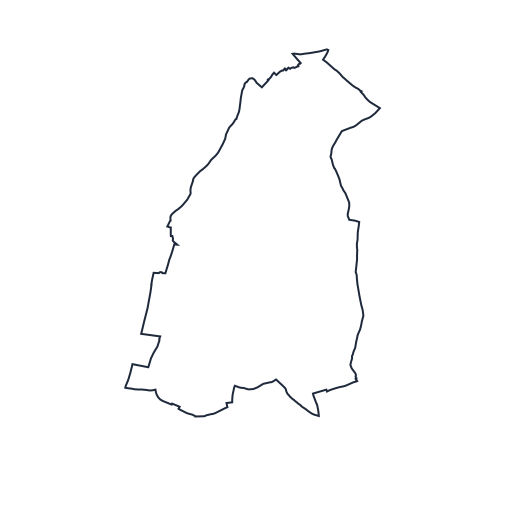 outline of Taureni, Mures, Romania, rotated 157°
{"feature_id": "2599482B94895366750216", "entity_name": "Taureni", "entity_type": "district", "adm_level": 2, "iso_a3": "ROU", "parent_name": "Romania", "parent_adm1": "Mures", "projection": "equal_earth", "projection_center": [24.072, 46.573], "detail": "fine", "context": "isolated", "style": "outline", "palette": "slate", "viewbox_px": 512, "rotation_deg": 157, "n_neighbors": 0, "source": "geoboundaries", "source_scale": "gbopen_adm2", "svg_char_len": 5974}
<svg xmlns="http://www.w3.org/2000/svg" viewBox="0 0 512 512"><g transform="rotate(157 256 256)"><path d="M214.2,397.0L215.7,395.0L218.5,392.2L220.5,389.8L221.3,389.9L224.8,387.4L226.2,386.6L229.5,385.2L230.7,384.5L234.2,381.3L235.3,380.4L236.1,379.6L236.6,378.9L237.7,377.2L238.5,376.0L243.1,371.8L249.4,366.8L250.4,366.0L251.7,365.3L253.6,364.3L256.2,363.3L258.2,362.6L260.1,361.8L263.3,359.7L265.5,358.6L268.5,357.5L272.5,356.3L273.8,356.1L279.0,354.0L280.1,353.5L283.0,352.0L284.5,350.3L284.5,349.9L288.9,345.0L290.1,343.2L290.9,341.6L291.4,339.9L291.7,339.3L292.3,338.5L294.7,336.7L297.3,334.7L303.2,331.7L305.8,330.6L307.2,330.2L309.5,329.5L312.2,329.0L315.8,327.8L317.7,327.0L319.0,326.0L319.6,325.2L320.2,323.8L320.8,322.0L321.1,322.1L326.1,317.8L323.7,315.7L323.3,315.5L325.9,309.5L326.5,307.9L326.6,307.6L325.2,307.1L325.4,306.1L325.5,304.7L326.1,303.5L326.5,303.0L326.6,302.4L325.8,300.4L324.9,298.9L324.1,297.2L326.7,298.6L331.0,293.3L334.3,289.5L337.4,286.3L340.4,282.4L346.2,275.5L349.0,276.9L349.1,277.4L349.1,277.8L350.0,278.4L350.6,278.6L351.2,278.6L352.1,278.2L356.8,280.5L360.8,274.9L363.5,270.7L363.3,270.6L367.0,264.4L370.5,259.0L370.7,258.8L376.1,250.5L383.8,240.4L392.1,229.2L375.6,219.4L377.6,217.3L377.6,216.4L382.1,211.2L387.9,207.0L392.6,202.9L398.6,195.7L412.0,204.7L412.7,203.7L417.1,197.8L419.6,194.8L420.9,193.2L422.5,191.4L426.8,187.2L427.8,185.8L426.8,185.1L424.0,183.4L422.6,182.7L420.5,181.2L419.2,180.4L415.0,178.4L414.0,178.1L410.9,176.4L409.7,175.8L406.7,173.9L406.4,173.8L404.1,172.9L402.7,172.6L400.8,172.3L401.4,169.5L401.6,167.2L401.2,163.9L400.2,161.3L398.2,158.7L391.7,152.2L390.9,152.9L385.2,147.1L387.0,145.6L386.7,145.1L382.0,139.5L381.0,138.4L380.4,137.8L378.5,136.3L376.7,134.9L375.7,133.8L375.1,133.0L374.5,132.4L374.6,132.0L369.3,129.9L366.4,128.8L365.4,128.6L364.2,128.8L358.3,127.8L357.8,127.5L356.4,127.4L355.2,127.3L343.9,128.0L341.4,128.0L340.6,132.2L335.1,130.6L333.6,133.9L331.8,137.3L327.4,143.6L326.1,144.8L322.9,141.7L321.0,140.4L318.9,139.3L315.4,136.4L313.8,135.7L310.5,134.6L306.1,134.5L302.5,135.0L299.4,135.5L292.6,134.3L290.9,133.8L289.1,133.9L285.8,134.5L282.0,126.0L280.8,123.0L280.7,122.2L280.6,121.4L280.8,120.7L281.0,119.3L280.8,116.5L280.6,116.0L280.3,115.4L280.0,114.8L279.9,113.8L279.3,112.5L278.7,111.0L277.7,109.2L277.3,108.8L277.2,108.3L276.5,106.8L275.9,105.9L274.7,103.4L274.1,102.6L273.3,101.2L273.0,100.1L272.3,98.9L270.6,96.4L269.5,94.6L268.7,93.0L266.2,89.1L264.4,87.2L263.0,86.1L260.7,84.2L259.6,87.6L259.0,89.9L257.8,95.6L258.0,96.0L258.0,97.6L257.8,101.8L257.7,104.8L257.3,107.1L243.5,105.5L243.6,103.5L240.8,103.7L237.6,103.5L233.7,103.1L230.5,102.7L227.2,102.0L224.8,101.6L220.8,101.6L215.9,101.7L212.4,101.3L211.8,101.3L212.3,103.3L212.3,104.1L211.5,104.4L211.4,104.1L211.2,104.6L211.5,105.8L211.5,106.1L211.3,106.4L210.8,107.0L210.5,107.4L210.4,108.3L210.4,109.0L210.5,109.7L211.7,114.6L211.8,115.8L211.7,118.8L209.9,121.4L207.7,124.0L207.4,124.6L206.8,126.3L205.4,127.5L203.7,129.7L200.7,132.6L198.7,135.6L197.9,137.0L194.1,142.3L193.9,142.7L193.5,143.2L192.1,144.7L189.3,147.3L188.1,148.7L187.5,149.5L186.1,151.4L184.0,154.6L180.6,158.9L180.4,159.4L179.9,161.1L179.8,161.4L179.0,164.4L178.9,165.0L178.8,165.6L178.8,165.8L178.4,168.5L178.3,169.5L178.1,170.4L178.0,171.0L176.3,179.1L175.6,182.1L173.6,190.5L172.0,195.7L171.0,198.5L170.7,199.5L170.6,200.6L170.5,202.2L170.2,202.9L168.4,206.0L164.3,213.4L163.5,215.2L163.0,216.6L162.4,217.9L162.3,218.0L161.7,219.2L161.7,219.5L160.6,221.5L159.5,225.1L158.4,227.7L157.8,228.8L156.9,230.1L156.2,231.2L155.5,232.7L154.3,235.4L153.0,238.1L152.5,239.0L149.5,243.8L147.7,247.0L151.0,249.8L156.0,252.9L155.9,256.1L155.9,257.0L155.3,258.5L155.2,258.8L152.1,263.1L150.8,265.2L149.8,267.5L149.4,268.8L149.3,270.0L149.2,277.9L149.2,279.0L149.9,282.4L149.9,284.0L150.2,286.5L150.3,287.5L149.6,291.7L149.4,292.7L149.2,294.3L149.1,297.1L149.1,298.7L149.1,303.1L149.2,303.7L149.2,305.6L149.3,305.8L149.6,306.1L149.6,306.5L149.6,308.5L149.5,310.0L148.6,315.3L148.6,315.8L148.7,316.4L148.7,316.5L148.8,316.8L148.7,317.0L148.6,317.9L148.4,318.7L148.2,318.9L146.9,320.5L145.0,324.0L143.7,325.7L142.1,327.1L140.9,328.0L138.2,329.9L137.1,330.9L128.2,337.4L124.3,337.3L119.0,337.1L116.0,336.8L113.8,337.0L112.4,337.3L105.7,339.2L104.1,339.2L103.4,339.3L98.9,339.1L97.7,339.1L96.8,339.2L94.9,339.6L90.7,340.8L88.6,341.7L84.2,343.7L88.3,349.5L88.8,350.2L89.7,351.5L89.9,351.7L91.3,354.0L92.6,357.0L93.4,359.3L93.8,361.6L93.9,361.9L94.2,363.0L95.5,366.3L95.4,366.5L94.7,366.6L95.6,367.7L96.5,369.7L98.7,372.4L100.7,375.6L104.4,383.0L105.1,384.6L106.3,387.0L107.0,389.2L107.4,390.6L107.8,391.5L107.9,392.0L108.0,392.2L109.5,395.4L109.8,395.7L110.9,397.3L115.4,406.9L116.7,409.0L117.6,410.5L114.4,412.6L112.4,414.1L110.8,415.4L109.8,416.4L109.0,417.3L109.8,418.3L110.6,418.6L111.4,418.7L115.6,419.2L118.1,419.6L127.4,421.8L132.1,423.2L135.9,424.1L137.4,424.8L140.7,426.8L142.4,427.6L143.3,427.8L140.8,419.9L139.5,416.2L140.0,416.1L140.4,415.8L140.5,415.9L141.3,416.0L141.9,415.7L142.1,415.6L142.3,415.6L142.5,415.5L142.6,415.3L142.8,415.1L142.9,414.9L142.7,414.3L142.7,414.1L142.8,414.0L143.0,414.0L143.7,414.4L143.9,414.4L144.1,414.4L144.4,414.2L145.0,414.2L146.6,414.1L147.1,414.2L147.6,414.7L147.8,414.7L147.9,414.8L148.0,415.1L148.8,415.2L150.0,415.3L151.5,415.0L152.4,416.6L153.0,416.5L153.5,416.4L153.9,416.1L154.1,415.7L154.3,415.6L155.0,415.9L155.6,415.1L155.8,415.1L156.0,415.3L156.1,415.7L155.9,416.9L156.0,417.2L156.2,417.4L156.7,417.2L157.5,416.7L158.5,416.2L158.8,416.1L159.0,416.2L159.7,416.6L159.9,416.6L160.7,416.4L161.3,416.4L161.9,416.3L164.3,415.5L165.4,415.0L166.6,414.7L167.8,417.7L170.2,416.5L172.3,414.9L175.1,413.6L175.3,413.8L175.8,413.9L176.3,413.7L176.5,413.3L176.3,412.7L184.7,409.0L187.7,415.0L188.3,418.3L188.9,419.7L189.9,421.1L192.6,421.8L193.9,421.3L196.5,419.7L197.7,419.8L199.6,418.5L200.2,417.2L201.7,415.7L203.5,414.3L204.4,413.2L208.2,407.4L210.8,402.8L214.2,397.0Z" fill="none" stroke="#1e293b" stroke-width="2"/></g></svg>